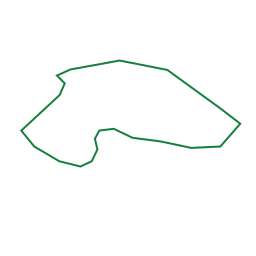 an SVG outline of Gjorče Petrov, rotated 306°
{"feature_id": "MKD-2948", "entity_name": "Gjorče Petrov", "entity_type": "Municipality", "adm_level": 1, "iso_a3": "MKD", "parent_name": "North Macedonia", "parent_adm1": "", "projection": "equal_earth", "projection_center": [21.302, 42.042], "detail": "fine", "context": "isolated", "style": "outline", "palette": "green", "viewbox_px": 256, "rotation_deg": 306, "n_neighbors": 0, "source": "natural_earth", "source_scale": "10m", "svg_char_len": 438}
<svg xmlns="http://www.w3.org/2000/svg" viewBox="0 0 256 256"><g transform="rotate(306 128 128)"><path d="M114.5,53.3L126.9,50.6L128.7,39.7L141.4,46.9L177.6,81.5L198.1,125.7L198.1,147.5L198.1,158.4L198.1,193.0L197.4,216.3L167.3,213.6L149.1,190.9L136.3,162.3L122.7,137.3L119.0,117.0L109.1,106.3L99.9,107.5L92.6,115.9L79.8,118.2L68.9,112.2L60.7,92.0L57.9,63.1L63.2,43.2L114.5,53.3Z" fill="none" stroke="#15803d" stroke-width="2"/></g></svg>